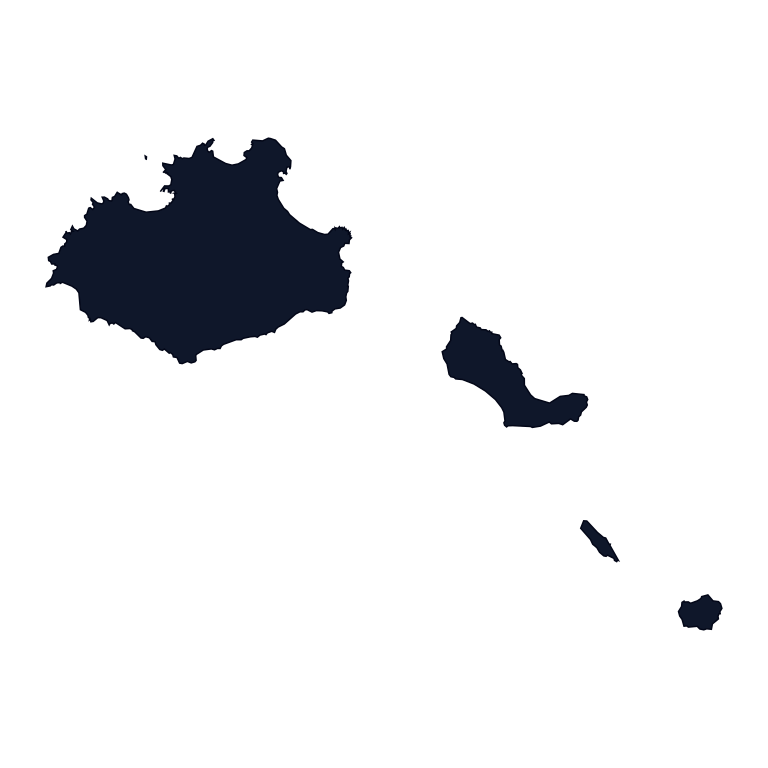 the district of Nossa Senhora Da Luz, São Vicente, Cabo Verde
{"feature_id": "66160863B58817505266013", "entity_name": "Nossa Senhora Da Luz", "entity_type": "district", "adm_level": 2, "iso_a3": "CPV", "parent_name": "Cabo Verde", "parent_adm1": "São Vicente", "projection": "robinson", "projection_center": [-24.915, 16.763], "detail": "fine", "context": "isolated", "style": "filled", "palette": "ink", "viewbox_px": 768, "rotation_deg": 0, "n_neighbors": 0, "source": "geoboundaries", "source_scale": "gbopen_adm2", "svg_char_len": 6054}
<svg xmlns="http://www.w3.org/2000/svg" viewBox="0 0 768 768"><path d="M284.4,148.7L281.7,147.0L275.5,140.2L270.3,138.5L268.3,138.2L262.6,140.9L252.8,140.1L251.6,142.1L253.5,144.3L252.3,143.7L251.6,144.5L252.7,144.9L251.7,148.0L249.2,150.8L247.0,150.8L244.3,152.5L244.0,155.5L246.8,157.6L246.1,159.5L238.3,163.9L232.0,165.2L225.6,163.5L213.4,156.9L212.7,151.2L211.5,150.6L209.2,152.3L207.8,151.2L207.1,148.9L207.7,147.2L209.9,146.3L212.7,142.5L212.5,141.1L214.0,140.4L212.8,138.7L208.1,141.2L205.7,145.1L204.5,145.3L204.4,144.2L202.6,143.2L200.5,145.3L197.0,146.4L192.0,157.4L189.1,158.5L183.8,158.0L182.3,158.7L180.4,157.4L178.8,158.3L176.8,155.9L174.2,155.4L175.1,159.0L173.4,164.5L171.3,165.0L162.8,163.2L162.9,165.7L165.8,169.6L163.0,172.6L164.0,171.8L166.0,173.2L166.6,172.4L167.7,173.1L167.4,173.9L170.8,176.5L171.8,179.5L170.8,184.9L168.5,186.0L164.6,185.9L160.3,191.6L163.0,188.4L164.3,188.5L163.4,191.2L164.0,191.4L165.0,188.5L168.4,188.5L168.4,191.9L170.3,191.9L170.5,193.6L171.4,190.8L174.2,190.4L175.7,192.8L174.3,193.2L175.6,193.6L174.7,193.9L175.0,196.6L173.8,199.4L173.1,199.0L171.9,199.2L173.6,199.6L171.0,203.1L169.0,203.1L170.1,203.4L169.4,203.3L169.6,204.6L167.2,206.4L166.4,205.9L165.5,208.0L158.4,210.9L146.1,212.2L133.9,208.5L130.7,204.4L129.3,204.6L128.1,201.9L129.0,199.9L128.4,197.7L126.4,194.2L124.3,193.1L122.1,193.6L121.7,194.8L120.2,194.4L119.9,193.8L119.1,193.6L118.8,193.3L118.0,192.9L117.4,192.3L117.2,192.3L114.6,196.5L112.4,197.4L112.0,200.6L111.1,201.0L108.5,200.4L107.7,198.9L104.4,197.1L102.2,197.2L103.9,201.1L103.0,203.4L101.7,203.9L97.3,202.9L91.3,198.2L91.0,199.9L93.3,202.7L92.5,204.2L94.5,207.1L92.8,209.5L90.2,207.6L88.7,208.2L86.9,214.1L84.6,215.6L84.6,217.4L87.1,221.2L86.3,225.4L83.7,228.2L79.5,229.1L77.8,231.0L73.9,228.9L72.4,226.1L70.8,229.6L73.0,231.3L71.5,231.5L70.4,234.0L69.4,232.7L67.1,233.1L65.9,231.1L66.1,232.5L63.0,237.2L66.8,239.6L66.6,242.3L64.7,244.0L64.7,246.3L63.0,246.0L61.0,247.3L58.8,253.4L53.5,254.4L48.3,257.3L48.7,260.6L50.5,261.5L51.7,264.0L55.0,264.0L54.9,265.0L57.1,265.7L57.4,267.0L56.5,269.4L53.2,270.8L53.6,273.1L51.6,278.4L46.9,283.1L46.1,286.7L50.2,285.9L51.5,284.7L53.7,285.0L56.7,282.9L60.0,282.6L60.3,283.4L62.4,282.2L71.9,286.1L76.3,289.1L78.9,292.8L80.4,309.7L85.5,312.3L87.9,315.2L88.4,317.5L89.7,318.2L89.4,320.1L90.3,319.5L90.9,321.8L93.2,321.4L97.8,317.6L101.0,317.7L107.1,320.5L109.2,324.9L110.0,323.5L112.3,322.9L113.8,324.0L115.5,322.5L125.1,328.8L129.9,328.5L132.2,329.6L132.4,330.7L134.7,331.8L141.0,338.0L143.2,338.3L145.7,336.7L149.4,337.8L152.1,341.4L155.1,341.7L155.9,344.7L159.8,349.5L162.4,350.3L164.4,349.0L169.2,353.2L170.2,352.5L172.7,354.4L173.4,356.9L177.0,357.5L179.6,363.1L182.2,363.6L187.4,361.4L191.2,362.9L194.9,361.8L196.1,360.4L195.7,355.6L196.4,354.4L203.3,350.0L211.4,348.9L214.5,349.8L217.5,348.4L220.1,348.5L221.4,345.9L223.6,344.3L236.2,339.7L241.2,339.7L243.2,338.3L250.4,336.8L255.1,336.4L257.4,337.2L259.9,335.1L264.7,334.0L266.0,334.6L267.3,332.9L271.7,331.3L274.5,332.4L275.8,329.2L278.2,327.0L284.3,324.0L295.6,314.0L299.9,311.8L303.0,311.8L305.0,309.9L307.1,309.6L312.0,312.1L316.3,310.6L322.1,310.8L327.7,311.9L329.0,313.4L331.8,312.7L332.0,311.1L334.9,308.9L340.3,308.0L344.6,304.9L346.3,300.4L345.8,296.8L346.6,292.9L347.8,291.4L348.3,286.2L347.6,286.0L348.5,280.9L347.9,278.3L349.2,276.8L349.6,273.6L350.7,272.7L349.3,270.7L344.7,270.1L343.3,267.5L341.4,266.4L341.6,263.0L343.2,261.9L339.9,259.0L338.5,252.3L340.6,247.5L343.7,246.0L344.8,243.3L349.0,243.5L349.4,239.9L351.5,237.8L350.1,236.9L350.7,236.0L349.8,235.7L350.1,233.7L348.6,234.1L349.6,232.2L348.4,232.8L348.2,230.5L346.6,230.7L346.0,229.3L345.5,230.0L344.2,227.4L342.8,229.2L342.1,227.4L339.7,227.8L339.4,226.8L337.9,228.4L335.8,227.9L335.2,229.4L334.8,228.3L334.6,229.2L334.5,228.5L332.9,228.7L328.0,234.2L324.6,234.5L317.8,232.6L312.5,229.4L310.3,229.6L299.4,223.1L289.6,214.7L287.5,211.4L283.8,208.3L278.3,199.4L276.9,195.3L277.5,192.3L276.6,188.6L279.9,181.0L283.1,180.4L281.4,177.6L278.5,177.3L277.6,174.6L278.2,172.3L281.2,170.8L283.4,171.6L283.6,173.4L285.2,173.2L286.2,174.3L286.9,173.5L286.0,171.3L286.9,167.3L289.5,166.6L289.9,169.2L290.5,166.8L290.9,160.6L286.3,155.2L284.4,148.7ZM462.1,317.5L461.0,317.7L459.7,322.5L456.6,325.9L456.3,328.4L451.2,332.0L451.9,333.3L451.0,334.8L450.7,340.4L446.5,346.8L446.7,348.9L442.2,351.7L443.8,358.6L447.1,364.0L449.1,374.4L450.9,376.7L454.1,377.4L455.7,378.9L462.4,379.5L474.0,384.0L485.4,391.0L495.5,399.6L501.7,407.6L503.9,412.1L505.0,420.9L503.9,422.8L504.6,425.2L506.6,426.9L507.9,425.8L512.5,425.6L530.6,426.5L532.3,427.4L540.5,426.1L549.3,422.0L551.4,423.8L558.8,423.4L562.7,424.7L570.6,418.9L574.3,421.2L576.9,421.3L578.0,420.3L578.7,416.7L580.6,415.1L581.4,411.9L586.2,407.3L587.3,405.0L586.4,402.0L587.7,399.6L586.7,396.9L584.1,395.8L584.0,394.6L572.4,393.4L568.9,395.4L560.2,396.4L549.6,403.1L534.7,398.6L530.6,394.9L524.4,385.2L524.3,378.5L521.7,375.6L521.2,372.7L521.8,372.9L520.4,369.9L517.8,367.7L517.5,364.4L516.2,363.6L512.1,363.9L510.1,361.5L509.0,361.8L505.4,359.5L503.8,352.3L502.8,350.3L502.2,350.7L501.1,346.1L499.5,344.9L499.2,339.6L500.7,337.8L499.1,335.1L491.7,333.6L491.8,332.2L490.4,332.2L489.4,330.8L488.1,331.5L486.0,329.8L481.3,329.6L480.2,327.9L476.5,327.1L475.3,324.3L473.9,324.5L472.6,323.1L470.1,323.6L462.1,317.5ZM707.9,594.9L701.7,596.6L701.0,598.5L697.5,600.8L690.6,603.3L688.3,601.9L684.3,602.0L684.0,601.1L682.0,602.4L681.6,606.5L678.5,611.5L679.7,616.0L682.1,619.4L684.0,626.2L686.6,625.9L688.4,627.1L697.2,626.3L699.8,629.0L703.8,629.8L706.7,628.8L711.4,629.3L712.4,623.9L718.4,618.9L718.0,616.2L719.0,613.8L720.2,613.7L719.8,611.8L721.9,608.4L720.5,603.7L718.5,601.6L713.0,600.9L707.9,594.9ZM586.8,521.0L583.7,520.8L580.7,528.3L590.5,539.5L592.7,544.2L596.9,547.7L599.6,552.3L603.8,555.9L606.1,556.3L607.5,555.2L614.0,558.4L614.5,560.4L616.7,561.6L617.7,560.1L618.4,560.4L609.9,545.3L610.3,544.2L609.0,544.1L605.7,538.0L603.3,537.4L597.4,532.4L586.8,521.0ZM146.3,159.1L146.5,156.8L145.2,156.0L145.6,158.8L146.3,159.1Z" fill="#0f172a" stroke="#020617" stroke-width="1.5"/></svg>